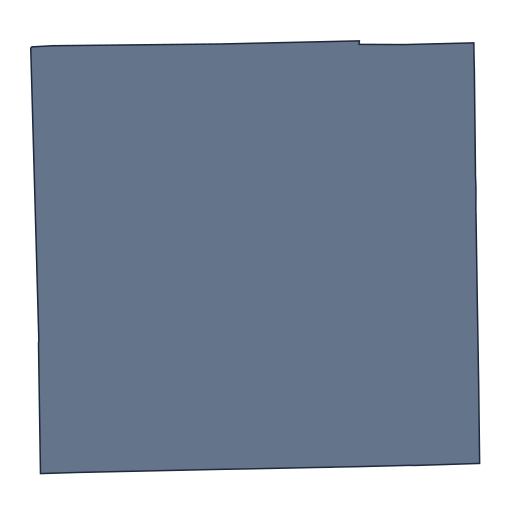 outline of Crook, Wyoming, United States of America, rotated 89°
{"feature_id": "52423323B12939098407835", "entity_name": "Crook", "entity_type": "district", "adm_level": 2, "iso_a3": "USA", "parent_name": "United States of America", "parent_adm1": "Wyoming", "projection": "equal_earth", "projection_center": [-104.544, 44.588], "detail": "fine", "context": "isolated", "style": "filled", "palette": "slate", "viewbox_px": 512, "rotation_deg": 89, "n_neighbors": 0, "source": "geoboundaries", "source_scale": "gbopen_adm2", "svg_char_len": 608}
<svg xmlns="http://www.w3.org/2000/svg" viewBox="0 0 512 512"><g transform="rotate(89 256 256)"><path d="M46.7,34.5L47.2,103.7L46.2,149.3L42.7,148.9L43.4,288.2L42.2,455.7L43.0,476.5L44.3,477.6L336.5,474.6L339.6,475.0L469.8,475.3L469.3,437.8L468.7,293.5L468.7,279.7L468.7,264.8L468.5,200.2L468.5,198.8L468.5,195.3L468.5,182.9L468.4,182.8L468.4,159.0L468.4,158.9L468.0,105.9L468.2,101.6L467.3,36.0L387.9,35.6L297.1,35.5L296.9,35.5L217.1,35.3L216.5,35.4L191.3,34.9L177.4,35.2L175.3,35.1L70.8,34.4L70.3,34.5L67.9,34.5L62.5,34.5L62.4,34.5L46.7,34.5Z" fill="#64748b" stroke="#1e293b" stroke-width="1.5"/></g></svg>